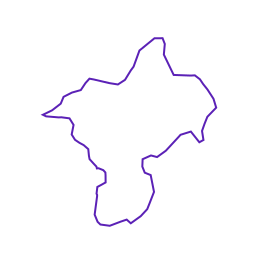 the district of Mezam, Nord-Ouest, Cameroon, rotated 224°
{"feature_id": "32672807B13167032786609", "entity_name": "Mezam", "entity_type": "district", "adm_level": 2, "iso_a3": "CMR", "parent_name": "Cameroon", "parent_adm1": "Nord-Ouest", "projection": "robinson", "projection_center": [10.141, 6.007], "detail": "fine", "context": "isolated", "style": "outline", "palette": "violet", "viewbox_px": 256, "rotation_deg": 224, "n_neighbors": 0, "source": "geoboundaries", "source_scale": "gbopen_adm2", "svg_char_len": 1079}
<svg xmlns="http://www.w3.org/2000/svg" viewBox="0 0 256 256"><g transform="rotate(224 128 128)"><path d="M105.0,58.9L103.7,58.4L102.8,57.4L91.8,42.5L84.7,39.4L80.8,39.4L73.2,45.0L69.0,53.9L68.2,55.6L65.3,61.2L59.8,61.4L57.6,73.5L57.8,83.0L60.0,88.4L64.9,100.1L79.0,109.9L84.9,107.5L90.9,110.2L95.8,115.7L92.4,124.2L86.9,127.3L85.0,137.9L85.4,157.3L85.5,159.6L80.3,169.1L66.8,167.3L65.4,171.8L72.7,177.3L75.9,184.3L78.7,191.2L78.7,203.9L86.8,208.4L97.6,210.9L104.5,211.8L110.1,213.0L116.5,212.3L119.2,209.4L120.4,208.3L132.0,197.9L153.2,205.7L159.9,214.0L165.5,216.6L171.3,210.9L173.6,191.7L166.6,176.0L166.0,171.4L163.6,160.6L165.5,152.3L172.5,147.4L186.4,139.1L190.0,136.7L189.8,130.8L188.3,122.5L192.9,114.6L196.0,105.7L193.3,98.8L194.9,87.9L198.4,78.4L195.0,79.5L185.2,87.5L183.4,89.4L179.5,92.3L176.8,94.3L169.3,92.4L164.0,84.2L157.9,82.7L152.7,83.6L148.0,84.9L141.9,85.2L136.7,80.8L134.0,78.9L128.1,78.5L123.9,78.3L122.3,77.3L121.2,78.6L116.5,80.5L113.4,80.3L111.3,78.4L106.3,73.3L107.8,68.3L109.1,64.3L105.0,58.9Z" fill="none" stroke="#5b21b6" stroke-width="2"/></g></svg>